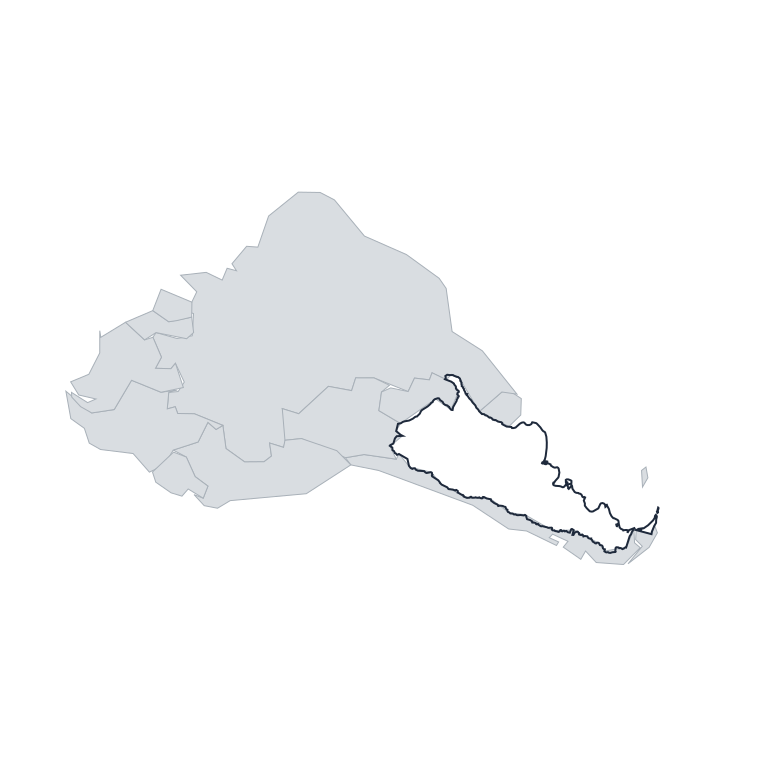 South America, with Argentina highlighted, rotated 286°
{"feature_id": "ARG", "entity_name": "Argentina", "entity_type": "country or territory", "adm_level": 0, "iso_a3": "ARG", "parent_name": "South America", "parent_adm1": "", "projection": "equal_earth", "projection_center": [-65.46, -38.417], "detail": "fine", "context": "in_parent", "style": "outline", "palette": "slate", "viewbox_px": 768, "rotation_deg": 286, "n_neighbors": 12, "source": "natural_earth", "source_scale": "50m", "svg_char_len": 9880}
<svg xmlns="http://www.w3.org/2000/svg" viewBox="0 0 768 768"><g transform="rotate(286 384 384)"><path d="M313.1,666.7L313.5,682.6L323.0,682.8L316.3,687.8L300.1,683.9L278.4,668.1L299.2,677.0L303.8,668.8L313.1,666.7ZM302.5,367.2L310.7,384.3L315.1,416.5L321.0,417.6L311.2,431.7L312.2,453.4L303.2,467.5L297.7,493.4L302.9,518.3L294.8,539.5L297.2,555.6L289.6,586.4L296.0,606.8L290.3,633.9L284.2,642.1L294.0,662.1L313.4,664.2L300.4,668.6L297.3,675.4L276.5,664.0L270.9,637.2L279.0,623.8L269.7,621.5L276.6,601.3L283.5,604.2L286.1,587.4L281.8,585.2L280.3,595.4L276.3,594.3L282.0,561.6L279.0,543.8L291.9,502.7L299.4,402.8L297.1,374.4L302.5,367.2Z" fill="#d9dde1" stroke="#a8b0b8" stroke-width="1"/><path d="M356.2,660.9L371.9,655.4L376.4,658.7L366.6,663.5L356.2,660.9Z" fill="#d9dde1" stroke="#a8b0b8" stroke-width="1"/><path d="M383.8,483.2L408.8,499.5L412.4,505.4L407.8,520.0L391.9,524.0L377.6,515.8L383.8,483.2Z" fill="#d9dde1" stroke="#a8b0b8" stroke-width="1"/><path d="M410.9,514.6L408.8,499.5L383.8,483.2L411.6,453.6L412.0,446.3L405.3,442.8L408.0,427.1L400.5,426.5L398.1,411.7L383.4,409.3L387.1,372.8L382.1,355.1L368.7,354.7L366.4,331.2L331.9,310.2L332.3,293.0L311.5,304.9L295.4,304.9L295.7,290.3L283.7,295.7L276.2,290.1L270.7,271.5L278.4,249.9L299.8,240.5L303.1,209.9L298.8,193.8L304.6,189.6L300.3,182.5L316.6,179.4L320.0,188.2L330.8,191.5L346.4,177.8L340.0,175.0L336.1,160.0L348.4,162.7L365.2,149.0L370.6,150.7L370.7,172.5L377.5,186.4L399.2,181.5L399.3,174.9L421.0,178.6L432.5,158.5L442.3,182.3L439.3,199.8L452.0,201.3L452.2,211.0L457.7,204.7L478.5,214.0L480.8,225.0L513.7,226.8L544.8,248.7L550.5,269.8L547.3,285.6L520.8,324.4L514.6,369.9L500.8,407.9L493.0,417.4L453.2,435.0L443.0,469.4L410.9,514.6Z" fill="#d9dde1" stroke="#a8b0b8" stroke-width="1"/><path d="M302.6,304.3L332.3,293.0L331.9,310.2L366.4,331.2L368.7,354.7L382.1,355.1L387.1,372.8L384.3,389.6L375.6,383.8L357.0,386.4L350.6,410.7L341.6,408.4L338.9,415.8L325.8,406.9L315.1,416.5L310.7,384.3L302.5,367.2L308.8,319.7L302.6,304.3Z" fill="#d9dde1" stroke="#a8b0b8" stroke-width="1"/><path d="M299.8,240.5L278.4,249.9L270.7,271.5L276.2,290.1L283.7,295.7L295.7,290.3L295.4,304.9L302.6,304.3L308.8,319.7L306.9,357.0L297.1,374.4L257.1,339.5L229.5,268.3L218.7,258.2L217.5,244.7L225.3,231.9L224.4,241.7L237.3,242.9L242.9,228.0L259.3,214.1L262.4,199.6L277.0,221.3L298.6,225.3L294.0,235.1L299.8,240.5Z" fill="#d9dde1" stroke="#a8b0b8" stroke-width="1"/><path d="M321.3,187.0L316.6,179.4L300.3,182.5L304.6,189.6L298.8,193.8L303.1,209.9L299.8,240.5L294.0,235.1L298.6,225.3L277.0,221.3L262.4,199.6L245.8,195.2L234.6,182.8L248.0,162.0L242.9,129.5L245.9,117.0L258.8,108.2L264.4,92.5L289.4,80.2L275.6,111.0L285.1,131.7L318.0,140.3L314.6,171.9L321.3,187.0Z" fill="#d9dde1" stroke="#a8b0b8" stroke-width="1"/><path d="M365.2,149.0L348.4,162.7L336.1,160.0L340.0,175.0L346.4,177.8L325.3,192.1L314.6,171.9L318.0,140.3L285.1,131.7L275.6,111.0L278.6,98.6L285.3,87.5L289.8,85.9L284.4,104.2L290.2,111.2L289.3,93.6L299.7,82.2L312.0,97.6L335.5,102.2L356.9,96.1L350.8,98.9L372.1,118.5L360.4,141.7L365.2,149.0Z" fill="#d9dde1" stroke="#a8b0b8" stroke-width="1"/><path d="M395.3,180.7L381.0,186.8L373.1,181.8L370.6,150.7L360.4,141.7L372.1,118.5L390.8,141.5L384.5,159.9L395.3,180.7Z" fill="#d9dde1" stroke="#a8b0b8" stroke-width="1"/><path d="M409.7,176.8L395.3,180.7L387.6,166.9L384.5,159.9L390.8,141.5L413.6,143.6L409.7,176.8Z" fill="#d9dde1" stroke="#a8b0b8" stroke-width="1"/><path d="M260.5,200.5L259.3,214.1L242.9,228.0L237.3,242.9L224.4,241.7L229.1,224.7L220.5,220.7L220.7,209.3L226.7,191.7L235.6,185.7L260.5,200.5Z" fill="#d9dde1" stroke="#a8b0b8" stroke-width="1"/><path d="M382.1,391.5L383.4,409.3L398.1,411.7L400.5,426.5L408.0,427.1L403.9,450.9L397.6,457.8L377.8,455.4L383.9,437.6L350.6,410.7L357.0,386.4L375.6,383.8L382.1,391.5Z" fill="#d9dde1" stroke="#a8b0b8" stroke-width="1"/><path d="M384.0,483.0L382.1,486.5L382.4,487.6L382.5,488.9L381.8,490.0L382.0,491.1L381.8,491.9L380.7,494.6L381.1,495.7L380.7,497.0L379.7,498.4L379.8,500.7L380.1,501.2L379.3,504.0L379.6,507.5L379.0,508.5L378.2,508.5L377.9,508.8L376.9,513.6L377.8,518.3L376.9,519.2L377.3,520.6L378.4,522.5L383.1,525.4L384.7,526.9L385.5,528.4L385.5,529.6L384.2,531.5L384.0,533.0L384.6,535.1L385.8,536.4L386.7,536.9L387.9,536.9L388.1,537.2L388.3,540.2L388.3,541.2L387.9,542.1L385.4,546.3L383.3,548.8L382.5,550.2L382.2,551.7L381.6,552.4L378.1,554.6L372.7,556.6L367.4,558.0L359.2,559.3L356.1,559.4L354.5,559.1L353.1,558.7L352.3,557.8L351.4,557.7L351.2,558.2L351.6,559.3L351.4,560.7L351.6,561.4L353.1,562.5L352.3,562.6L353.0,563.3L352.6,566.3L351.6,566.9L350.8,569.4L350.6,570.7L350.8,571.6L351.7,573.4L351.4,574.5L350.8,575.2L347.2,577.0L343.0,577.4L342.1,577.3L338.2,575.4L335.3,574.5L335.6,574.0L335.2,573.9L333.9,574.4L333.5,575.1L333.4,576.9L334.2,580.7L334.3,582.2L334.0,584.0L334.4,585.1L336.7,586.4L337.2,586.4L337.4,586.5L337.0,587.2L337.0,587.7L337.9,587.8L339.9,587.5L340.2,586.5L339.0,586.3L339.2,586.1L341.9,585.2L342.6,585.8L342.9,586.6L343.1,587.6L342.9,590.0L342.5,590.9L340.3,591.5L339.7,591.3L338.5,589.0L337.5,588.5L336.5,588.6L335.5,589.5L334.5,589.7L334.1,590.5L336.6,591.7L338.5,592.2L337.8,592.9L335.3,594.0L332.7,597.1L332.4,598.8L332.8,600.9L332.4,601.8L332.6,602.8L332.1,604.3L330.3,605.8L330.0,606.9L330.6,607.5L330.4,608.6L327.0,608.2L324.6,610.0L322.4,610.6L320.5,613.1L318.4,616.8L318.5,618.5L319.0,619.9L323.5,624.3L328.2,625.0L329.1,625.5L329.8,626.9L329.6,628.7L328.9,629.7L326.9,630.7L327.2,630.9L328.6,630.7L329.0,630.9L329.3,631.5L328.7,631.8L325.9,634.6L322.1,636.8L319.5,639.3L318.2,641.5L318.4,642.2L317.7,646.1L317.0,647.1L314.9,648.0L313.6,647.0L312.5,645.3L312.7,646.2L312.5,646.7L310.7,647.2L312.9,647.3L314.0,648.4L311.0,650.1L310.1,651.6L309.8,653.7L308.6,654.9L309.5,654.6L310.4,656.9L310.6,658.0L310.5,658.7L308.1,659.0L309.8,659.6L310.6,659.4L311.0,659.7L314.5,664.3L314.2,664.6L314.1,664.2L309.7,663.0L308.1,663.0L305.3,662.1L293.6,661.8L293.7,661.2L291.8,659.8L291.0,658.7L291.5,656.9L291.5,656.3L291.0,655.4L291.4,654.9L291.5,654.0L291.1,652.3L290.0,651.8L289.4,652.1L288.0,652.1L286.7,652.9L286.3,652.7L285.2,649.9L284.0,648.1L283.8,646.5L284.1,645.7L283.4,644.1L283.5,643.2L283.8,642.7L283.9,642.0L285.9,641.9L285.8,641.1L286.4,639.8L288.2,638.9L288.8,638.1L288.9,637.1L288.7,636.0L289.4,635.2L290.2,634.8L290.5,633.8L290.3,632.8L289.8,632.1L289.2,631.8L289.1,631.0L290.0,628.7L290.0,628.1L291.4,626.9L291.7,626.1L292.6,625.8L292.1,624.4L292.2,622.9L293.6,621.5L293.2,618.9L292.4,617.7L293.6,616.8L293.9,616.1L293.1,615.2L293.1,613.1L293.4,612.8L294.5,612.6L294.6,612.0L295.4,611.1L295.4,610.3L293.8,608.3L291.1,607.7L290.9,606.7L295.8,606.6L296.4,605.0L296.4,604.5L296.0,604.0L292.3,603.6L292.2,601.4L293.0,599.9L292.2,598.5L292.6,598.1L292.5,597.2L291.5,596.0L291.5,595.3L292.3,594.8L292.4,594.4L292.2,593.8L290.5,593.3L289.9,592.4L290.0,590.6L289.8,589.0L290.3,588.2L289.8,586.7L289.9,586.3L290.4,585.5L291.4,585.5L292.0,585.1L292.1,584.7L291.0,581.4L291.2,580.7L291.0,575.2L290.5,574.3L290.6,573.5L291.3,571.4L291.9,570.9L292.0,570.5L291.3,569.8L291.2,569.2L291.3,568.8L291.9,568.6L292.1,567.9L292.2,566.8L291.7,564.7L292.1,564.4L292.8,564.4L293.5,561.8L293.5,558.8L295.5,557.4L296.3,557.2L296.9,556.1L297.0,555.5L296.2,554.7L295.7,551.3L294.8,548.9L294.6,547.8L294.9,546.2L294.4,545.0L294.9,543.4L294.4,541.1L295.2,539.4L295.2,538.4L296.2,537.5L297.2,537.3L297.3,536.3L298.3,535.1L299.0,535.0L299.3,534.4L299.2,532.8L299.5,531.9L299.2,529.8L298.8,528.1L298.4,527.9L298.2,527.4L299.3,526.5L299.9,522.9L301.3,519.2L302.6,518.5L302.3,514.2L302.9,511.3L302.7,510.3L302.2,510.0L301.4,510.2L301.0,509.6L300.9,508.1L301.3,506.8L300.7,506.1L300.3,504.6L300.3,503.2L299.9,502.8L299.1,500.6L299.0,499.4L299.4,499.3L299.6,498.7L299.1,498.0L298.3,497.6L297.4,495.2L297.6,493.0L297.8,491.5L298.1,491.2L298.6,491.3L299.1,490.4L298.9,489.3L300.0,485.2L300.0,484.7L301.4,484.5L302.1,482.8L302.0,482.4L301.3,482.0L301.5,479.2L300.8,475.2L301.0,474.6L302.1,473.3L303.2,467.1L304.3,465.1L304.6,465.1L306.4,462.7L308.5,455.7L309.4,455.2L309.8,455.6L310.2,455.6L310.6,455.1L311.9,454.5L312.1,454.0L312.1,453.2L310.2,449.5L310.3,448.4L311.3,446.6L310.0,440.5L310.4,438.2L311.5,436.9L310.9,435.4L310.2,434.6L310.6,432.7L312.3,430.5L318.4,427.2L320.8,417.7L319.5,416.0L320.5,414.5L320.6,413.5L322.2,412.2L322.8,410.4L325.2,409.5L326.2,406.6L327.0,406.9L329.3,409.4L334.7,409.5L337.3,410.6L339.3,416.1L339.7,414.0L342.1,408.7L349.5,408.4L351.0,411.1L352.7,412.5L353.8,414.1L355.8,418.2L358.6,421.3L360.7,422.8L361.5,423.7L361.8,424.6L365.4,426.6L368.1,427.0L369.6,427.8L374.4,432.1L377.5,434.1L378.9,434.6L379.9,435.7L381.5,435.9L382.7,436.5L383.6,437.3L384.8,439.1L385.2,439.8L385.3,440.9L384.0,442.4L383.0,445.3L381.4,446.8L380.8,448.7L380.8,450.9L379.8,452.7L379.9,453.0L379.1,453.6L377.8,455.5L377.7,456.1L377.9,457.1L380.8,456.8L388.0,458.5L388.9,458.2L390.6,458.8L391.4,458.5L392.5,459.3L393.0,459.2L394.4,457.2L395.8,457.2L396.9,458.1L397.4,458.0L398.0,457.5L398.5,455.6L399.5,454.4L401.5,453.7L402.9,451.6L403.7,451.1L404.8,448.0L405.4,441.3L406.6,441.8L408.6,440.8L410.3,442.2L410.7,444.8L411.6,447.8L411.3,448.4L410.9,452.0L411.1,453.2L410.2,455.4L408.3,456.8L408.0,456.6L406.8,458.1L405.3,458.4L404.5,459.1L403.4,459.3L402.8,460.7L401.9,461.2L401.4,462.1L400.5,462.4L398.8,464.1L397.1,465.2L397.0,465.6L397.3,466.1L397.3,466.8L396.0,466.7L395.9,467.3L393.6,470.0L392.4,472.3L390.7,474.2L388.6,477.7L386.6,479.3L385.4,481.6L384.0,483.0ZM313.4,682.5L313.1,666.8L314.9,668.6L315.5,669.9L314.9,669.5L314.4,669.7L313.9,670.6L314.1,671.2L315.9,671.5L316.9,673.4L321.0,676.8L327.0,680.2L329.8,681.1L332.0,680.9L333.0,681.3L332.1,682.7L331.4,682.9L328.7,683.0L325.5,683.8L322.0,682.9L315.8,682.2L313.4,682.5ZM336.6,681.5L337.2,681.7L340.8,681.6L340.7,681.9L339.9,682.2L337.9,682.1L336.1,682.8L335.4,682.3L336.6,681.5ZM354.3,560.8L354.4,561.4L354.0,561.3L353.2,560.8L352.9,560.1L354.3,560.8Z" fill="none" stroke="#1e293b" stroke-width="2"/></g></svg>